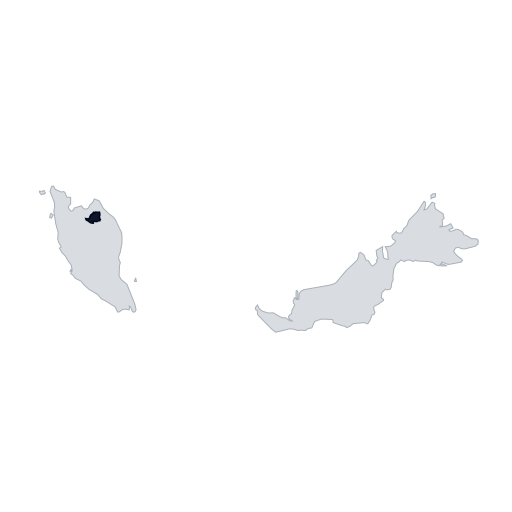 location of Kuala Krai, Kelantan, Malaysia, rotated 4°
{"feature_id": "92858781B31305353938168", "entity_name": "Kuala Krai", "entity_type": "district", "adm_level": 2, "iso_a3": "MYS", "parent_name": "Malaysia", "parent_adm1": "Kelantan", "projection": "albers", "projection_center": [102.231, 5.431], "detail": "fine", "context": "in_parent", "style": "filled", "palette": "ink", "viewbox_px": 512, "rotation_deg": 4, "n_neighbors": 0, "source": "geoboundaries", "source_scale": "gbopen_adm2", "svg_char_len": 5049}
<svg xmlns="http://www.w3.org/2000/svg" viewBox="0 0 512 512"><g transform="rotate(4 256 256)"><path d="M439.5,253.0L436.7,252.5L432.7,250.2L428.7,249.5L417.2,249.7L415.5,249.0L413.2,250.5L409.2,249.3L406.9,249.6L404.4,251.1L400.7,249.9L399.0,252.0L396.7,253.5L394.4,259.3L394.0,266.2L394.5,270.4L393.4,272.8L393.1,277.6L392.2,279.8L389.0,280.7L387.5,280.0L384.7,283.1L384.0,284.3L384.0,289.0L386.3,290.4L386.3,291.4L381.6,295.4L377.5,297.8L376.9,299.8L378.6,303.9L378.0,305.8L375.8,306.8L374.3,312.1L372.4,315.6L371.7,315.9L368.8,314.9L357.9,316.6L354.7,319.4L351.6,321.2L349.1,319.6L347.9,319.8L337.6,317.0L337.1,314.4L336.1,314.0L325.5,314.4L319.0,317.2L316.7,323.9L313.1,324.6L310.6,326.9L306.0,326.8L303.2,327.4L298.7,326.4L294.5,326.3L281.1,330.7L276.7,327.8L263.5,316.1L261.6,314.0L261.1,310.4L259.6,309.7L259.1,308.8L258.9,307.7L260.9,304.7L263.0,308.5L266.3,310.6L272.0,312.0L277.3,311.5L284.7,315.2L287.2,315.8L289.7,315.5L294.4,318.4L297.2,318.5L293.4,316.5L292.7,314.9L293.1,313.2L295.5,310.8L295.8,307.1L297.6,303.4L298.0,301.7L296.6,300.4L296.3,298.2L297.3,295.0L299.8,296.6L301.8,296.2L301.7,290.5L303.3,288.0L305.8,286.3L330.8,280.1L334.9,278.7L337.7,277.0L346.6,264.7L357.1,253.2L358.5,249.1L358.4,246.3L359.0,245.6L360.1,245.2L362.5,246.6L363.8,247.7L366.1,252.5L368.2,252.6L371.8,257.3L372.7,257.8L373.7,257.5L376.4,254.5L377.1,252.2L376.5,251.9L377.7,249.3L376.6,247.8L375.5,242.1L381.7,237.8L381.8,242.5L383.7,249.3L386.9,250.2L388.5,249.8L387.6,247.7L387.2,243.7L386.3,241.1L384.2,237.8L389.5,236.9L393.5,233.2L394.0,230.9L391.4,229.6L390.4,227.9L390.3,226.0L394.3,221.6L394.8,222.9L397.4,223.2L398.7,223.1L400.5,221.3L401.3,218.7L404.4,215.1L406.1,209.5L413.9,200.4L419.9,189.7L421.2,190.5L421.7,193.3L420.4,198.4L423.2,197.1L427.9,190.0L430.7,191.0L430.6,193.0L431.7,196.5L439.7,200.9L441.0,205.4L439.2,207.1L440.0,211.5L439.4,212.9L436.8,214.3L443.9,212.8L448.0,210.2L450.7,214.4L446.6,216.2L447.6,218.0L451.4,216.8L453.7,215.3L456.0,215.5L459.7,217.2L460.8,218.2L461.6,220.2L464.3,220.9L469.9,223.7L474.8,223.5L476.6,224.9L476.6,228.7L474.0,231.0L463.7,234.4L461.0,234.4L457.2,233.3L454.4,234.1L452.8,237.7L456.1,241.3L461.5,244.9L462.3,245.8L461.3,247.7L449.2,250.9L446.6,250.7L442.1,249.0L439.5,253.0ZM46.0,205.9L47.3,200.7L49.2,200.5L51.1,203.5L57.5,205.8L59.4,205.1L60.3,205.5L61.2,206.3L63.0,210.4L67.0,210.5L67.5,216.9L65.6,219.4L65.4,221.1L68.3,224.2L70.1,223.5L71.6,220.7L78.3,218.1L81.0,221.0L83.6,221.0L85.4,219.9L86.8,216.5L89.5,213.8L90.6,210.5L94.4,211.4L95.9,212.1L100.3,219.1L106.1,224.0L110.4,226.7L113.0,229.3L120.2,242.0L121.0,246.0L121.4,252.3L120.3,261.7L119.0,266.4L119.3,268.6L121.1,272.0L120.5,275.2L120.8,285.3L123.0,288.8L129.2,293.2L138.5,312.5L140.1,318.0L139.2,320.1L137.5,320.6L136.2,319.6L135.3,316.9L133.1,314.8L133.4,318.6L129.4,318.1L126.6,318.7L123.4,321.4L121.8,321.5L119.0,316.6L108.5,311.0L104.7,309.6L100.7,305.4L91.5,300.8L85.8,296.2L83.3,293.4L77.4,290.9L74.8,288.0L72.3,286.4L73.7,283.5L72.4,278.1L68.3,273.1L66.2,269.7L62.3,266.2L59.3,261.9L61.1,260.6L58.1,256.0L57.0,252.7L57.0,246.4L53.9,237.5L51.2,225.2L51.7,220.9L51.0,216.3L46.0,205.9ZM428.0,185.5L426.7,186.7L426.2,183.4L428.1,181.6L430.7,181.3L430.8,184.2L430.2,185.0L428.0,185.5ZM39.9,205.4L41.5,207.8L40.3,209.2L39.4,208.8L37.6,209.9L35.6,207.6L35.4,206.4L37.7,206.6L39.9,205.4ZM300.6,295.4L299.9,295.7L298.8,294.9L298.5,288.1L299.2,287.5L300.3,288.8L300.6,295.4ZM50.9,229.3L49.2,232.5L47.5,232.1L47.9,228.4L48.8,227.9L50.9,229.3ZM446.5,252.4L443.3,252.9L441.1,252.9L441.4,251.1L442.4,250.8L446.5,252.4ZM138.5,289.8L136.8,289.9L136.4,289.0L137.6,286.6L138.5,289.8ZM72.9,284.0L71.7,284.4L71.9,283.0L72.7,282.3L72.9,284.0Z" fill="#d9dde1" stroke="#a8b0b8" stroke-width="1"/><path d="M90.8,224.0L90.7,224.3L90.6,224.5L90.4,224.5L90.4,224.8L90.5,225.0L90.4,225.1L90.2,225.1L90.1,225.4L89.9,225.4L89.6,225.4L89.4,225.5L89.3,225.8L89.2,226.0L89.0,226.3L89.0,226.5L88.9,226.6L89.0,226.8L88.8,226.9L88.7,227.0L88.6,226.9L88.4,226.8L88.3,226.6L88.2,226.6L88.1,227.0L88.0,227.4L88.1,227.5L88.1,227.8L88.1,228.2L87.6,228.3L87.8,229.1L86.1,230.7L83.5,230.5L84.2,232.0L85.0,232.3L85.8,232.6L88.6,234.4L90.1,234.6L91.4,234.6L91.2,232.8L94.9,232.8L96.2,231.9L97.7,231.8L97.7,231.6L97.8,231.4L97.9,231.2L97.9,230.9L97.9,230.6L98.0,230.6L98.2,230.4L98.1,230.2L97.8,230.1L97.6,229.7L97.3,229.5L97.1,229.4L96.9,229.1L97.0,229.0L97.1,228.8L97.3,228.7L97.3,228.2L97.2,228.0L97.1,227.9L97.1,227.5L97.1,227.4L97.0,227.2L96.9,226.9L97.0,226.8L97.2,226.6L97.2,226.4L97.3,226.3L97.4,226.2L97.4,225.9L97.3,225.7L97.2,225.5L97.2,225.3L97.2,225.1L97.3,224.8L97.3,224.7L97.1,224.4L97.0,224.2L97.0,223.9L96.9,223.6L96.9,223.4L96.8,223.1L96.7,223.1L96.4,223.2L96.3,223.4L96.1,223.4L95.7,223.4L95.7,223.6L95.4,223.5L95.2,223.4L95.1,223.5L94.9,223.6L94.7,223.5L94.1,223.7L93.9,223.7L93.7,223.6L93.6,223.4L93.3,223.5L93.2,223.6L92.9,223.5L92.8,223.4L92.6,223.5L92.7,223.9L92.6,224.0L92.3,224.2L92.2,224.3L92.0,224.2L91.9,224.0L91.8,223.9L91.7,224.0L91.4,224.1L91.1,224.3L90.9,224.1L90.8,224.0Z" fill="#0f172a" stroke="#020617" stroke-width="1.5"/></g></svg>